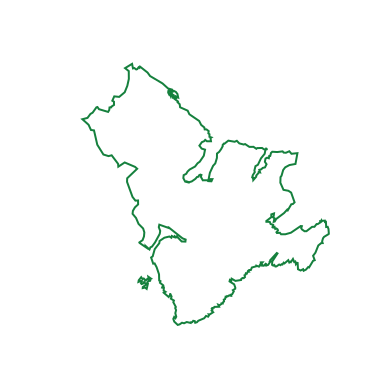 Vindafjord nor, Rogaland, Norway (Albers equal-area conic projection), rotated 226°
{"feature_id": "86288312B43548013531547", "entity_name": "Vindafjord nor", "entity_type": "district", "adm_level": 2, "iso_a3": "NOR", "parent_name": "Norway", "parent_adm1": "Rogaland", "projection": "albers", "projection_center": [5.868, 59.547], "detail": "fine", "context": "isolated", "style": "outline", "palette": "green", "viewbox_px": 384, "rotation_deg": 226, "n_neighbors": 0, "source": "geoboundaries", "source_scale": "gbopen_adm2", "svg_char_len": 5981}
<svg xmlns="http://www.w3.org/2000/svg" viewBox="0 0 384 384"><g transform="rotate(226 192 192)"><path d="M146.7,294.8L150.4,290.1L153.7,290.3L155.0,286.8L156.7,285.3L158.3,285.4L161.5,281.1L165.2,277.7L165.2,275.9L163.6,273.3L164.3,272.6L162.9,270.7L164.5,269.9L165.0,268.1L163.1,265.4L160.2,264.9L159.0,261.6L160.2,259.6L160.2,257.6L161.2,255.8L158.8,254.6L160.0,253.8L159.5,253.2L159.2,249.7L158.4,248.8L158.0,244.4L159.5,245.7L160.1,244.5L159.7,246.1L160.8,245.6L161.9,247.5L162.7,251.0L164.1,251.8L166.5,255.6L165.8,258.3L168.3,265.0L169.0,270.8L171.4,274.2L170.8,275.4L171.3,275.7L171.8,275.5L171.6,274.4L172.8,273.4L175.0,273.0L178.3,269.4L178.4,268.3L181.8,267.6L184.6,264.6L189.6,263.5L190.2,262.2L194.1,259.8L197.7,259.8L198.5,257.6L203.7,253.8L204.2,248.8L204.7,248.5L204.5,246.7L203.6,245.9L202.6,242.7L202.0,239.4L202.3,236.7L199.2,233.6L196.4,228.6L196.2,225.4L193.4,218.2L189.7,212.9L188.6,213.0L188.4,214.3L187.1,215.6L186.2,213.4L188.7,211.1L189.9,211.1L192.9,207.9L196.7,208.9L197.7,210.6L198.7,210.1L199.1,208.7L198.5,207.3L199.3,206.1L199.1,203.5L199.8,199.1L201.1,196.7L202.4,196.0L201.8,195.8L204.2,194.3L208.0,195.4L209.9,197.7L209.1,200.5L209.8,203.0L209.8,205.9L208.2,211.9L208.8,216.0L208.4,218.6L209.9,225.7L213.4,230.8L216.5,229.1L220.2,229.5L221.0,233.7L220.1,236.1L220.3,237.7L218.1,238.0L215.3,240.9L218.0,242.8L217.8,243.8L219.6,242.9L221.4,244.7L222.8,244.5L224.2,246.3L227.0,245.9L228.2,244.6L229.9,245.7L233.9,245.2L238.1,246.5L249.7,244.1L253.5,245.4L261.2,242.3L263.7,244.1L266.6,244.0L266.9,244.8L271.2,244.1L271.8,245.1L270.6,246.0L271.8,246.9L269.6,247.7L272.6,249.6L275.2,249.9L277.3,249.2L277.4,248.3L279.5,248.8L281.4,247.7L275.9,245.6L274.3,246.1L272.7,245.1L273.3,244.3L272.6,243.1L275.6,245.0L277.2,244.9L276.3,243.6L278.3,244.5L278.0,243.3L280.0,243.9L281.0,245.0L280.2,245.9L281.9,246.8L290.6,246.2L304.5,242.4L308.8,243.0L318.3,241.7L317.8,240.5L318.8,240.3L318.4,238.0L318.9,237.0L321.3,236.6L321.9,235.4L325.8,237.9L327.6,229.9L322.9,230.5L317.2,225.1L313.3,219.2L310.5,212.9L311.0,205.7L314.8,202.5L313.0,198.1L311.2,198.6L308.8,196.4L309.4,193.2L309.0,192.7L310.1,191.4L308.5,189.5L307.9,187.3L316.2,182.6L318.8,183.0L319.3,182.1L318.1,175.6L318.7,173.2L317.9,168.3L320.5,163.7L312.2,164.3L306.8,162.4L304.4,164.3L291.8,156.7L280.5,154.3L275.8,156.9L274.2,159.7L263.6,158.4L261.4,156.6L260.0,164.1L249.6,168.5L246.8,168.7L246.9,154.9L244.4,152.3L229.8,145.8L225.1,145.3L223.4,147.3L220.5,144.6L220.6,140.3L219.5,136.4L217.6,134.1L212.2,133.7L206.2,131.4L199.7,131.5L196.1,129.7L193.4,126.6L191.7,123.0L192.3,119.1L191.8,118.9L183.5,120.6L184.7,121.2L180.2,121.5L181.1,123.7L180.5,125.3L181.4,130.4L184.3,139.7L186.1,142.1L189.8,143.7L191.2,145.8L182.6,150.1L183.3,150.2L183.0,150.6L165.2,153.0L162.2,154.4L160.9,152.8L163.6,150.2L169.6,150.2L170.2,149.3L170.7,150.0L170.7,148.8L172.2,148.8L171.9,147.8L174.4,146.9L173.5,145.4L175.7,144.8L178.3,140.4L179.3,134.7L177.9,132.9L176.8,125.5L173.0,119.0L173.3,117.1L167.4,114.3L166.6,115.5L162.5,114.3L155.7,111.1L151.1,106.9L149.8,107.4L149.0,105.9L144.8,106.5L143.7,105.8L144.4,105.0L144.0,104.1L142.5,105.1L140.8,103.1L138.6,103.6L139.1,101.7L132.7,102.3L133.0,103.1L132.6,104.0L134.3,105.8L131.0,104.7L129.9,102.7L126.5,103.6L125.7,102.0L120.5,100.5L120.2,99.3L118.1,98.5L116.4,95.8L113.2,94.0L112.7,92.4L114.5,92.4L113.7,90.4L111.1,89.2L106.3,89.4L105.4,91.1L104.9,94.0L103.1,95.1L102.1,97.9L98.7,100.1L99.1,100.6L98.2,101.8L98.5,103.4L97.2,104.3L95.7,103.5L94.9,105.1L95.0,107.1L92.7,113.1L93.1,116.0L91.1,117.0L91.6,119.0L92.3,119.1L91.6,119.8L90.8,123.7L93.0,123.7L93.0,124.9L93.6,125.2L95.2,125.0L94.0,125.5L94.4,126.1L93.5,127.3L93.8,128.3L90.6,131.8L92.6,132.6L91.4,133.1L91.0,135.4L91.4,135.9L90.4,136.7L91.1,137.6L91.0,139.0L92.5,140.1L92.0,141.3L93.3,143.4L92.6,143.7L92.8,144.9L92.1,145.2L91.9,146.7L90.2,148.0L91.2,148.5L90.5,149.7L91.5,153.0L93.0,153.2L92.4,155.9L93.1,156.7L96.3,158.2L101.6,156.9L102.5,158.3L101.1,158.9L102.1,160.3L97.9,161.5L94.6,166.2L95.3,167.2L95.0,168.7L94.1,169.3L94.0,171.0L95.6,171.9L95.3,172.7L96.1,174.2L95.2,174.6L95.9,176.7L95.2,177.5L96.3,177.7L96.2,178.9L95.0,180.1L96.1,182.6L94.0,186.5L94.4,187.1L91.8,188.3L92.8,192.0L93.6,192.6L92.4,193.9L92.1,191.8L91.5,191.9L91.6,190.2L89.1,192.4L89.2,196.0L88.4,193.9L87.6,194.1L86.7,196.1L87.4,199.5L87.9,199.6L87.7,200.7L88.6,200.9L89.2,210.6L88.4,210.8L86.3,201.5L84.0,199.0L82.6,199.3L82.4,200.5L80.5,200.2L79.8,201.1L79.3,204.3L77.9,204.8L77.8,206.3L77.0,206.7L77.5,208.8L76.4,208.9L76.1,213.9L73.7,213.0L73.5,214.5L72.9,214.5L73.7,218.1L70.7,216.9L70.3,218.0L67.9,216.6L68.2,218.3L67.6,218.7L62.8,214.6L60.1,215.6L59.3,218.3L57.8,217.6L57.0,220.1L57.3,223.5L56.4,223.8L58.4,231.3L57.7,232.9L62.0,234.8L62.6,238.6L65.8,245.7L65.5,249.4L64.5,250.5L66.1,251.3L67.7,254.1L68.0,255.8L66.8,261.1L67.1,261.6L70.6,264.5L72.7,265.4L73.6,264.2L77.5,267.6L78.0,266.8L79.1,267.7L80.7,265.8L80.8,264.6L81.7,265.2L81.5,264.1L81.9,263.8L81.0,263.1L81.6,260.1L82.4,259.3L81.9,255.9L83.5,254.2L84.3,247.1L85.6,245.7L88.7,245.1L90.1,245.4L91.1,247.3L92.0,246.6L94.0,234.9L96.8,229.7L99.7,226.7L101.6,226.9L103.5,224.6L104.4,224.8L104.6,227.1L105.6,227.6L107.1,227.4L107.6,226.2L109.8,227.3L110.3,226.7L110.1,225.6L110.7,225.4L112.1,227.6L114.3,226.3L116.5,227.2L118.9,224.8L119.5,225.3L118.8,231.6L120.8,233.5L119.6,236.1L117.9,234.0L117.8,232.6L115.9,233.1L113.8,230.1L113.3,231.0L114.1,233.9L112.9,243.6L113.2,248.3L112.3,248.2L114.2,254.9L113.3,256.2L113.3,258.6L122.7,262.9L125.9,262.2L130.0,259.3L137.3,262.0L141.2,266.0L141.5,267.7L144.5,272.9L145.0,276.2L143.7,280.8L140.3,285.9L146.7,294.8ZM157.8,90.6L157.1,89.8L155.9,91.8L153.8,92.1L156.3,96.0L157.3,94.7L157.2,96.6L157.8,96.6L158.2,98.7L157.2,100.2L158.0,101.5L158.9,101.1L158.3,102.3L161.4,101.7L159.1,100.1L160.5,99.4L160.4,97.3L163.3,97.2L163.7,95.9L166.0,96.3L165.5,92.4L164.5,91.0L163.4,93.7L162.6,94.0L161.8,91.9L160.8,91.8L160.1,93.3L160.5,95.1L157.9,94.8L157.3,94.3L157.8,90.6Z" fill="none" stroke="#15803d" stroke-width="2"/></g></svg>